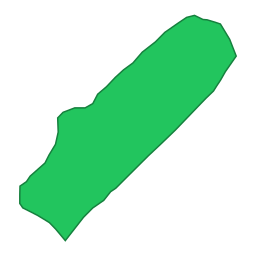 outline of Maneapa, Tuvalu
{"feature_id": "33948139B65962219023050", "entity_name": "Maneapa", "entity_type": "district", "adm_level": 2, "iso_a3": "TUV", "parent_name": "Tuvalu", "parent_adm1": "", "projection": "robinson", "projection_center": [178.313, -8.027], "detail": "fine", "context": "isolated", "style": "filled", "palette": "green", "viewbox_px": 256, "rotation_deg": 0, "n_neighbors": 0, "source": "geoboundaries", "source_scale": "gbopen_adm2", "svg_char_len": 723}
<svg xmlns="http://www.w3.org/2000/svg" viewBox="0 0 256 256"><path d="M225.4,71.6L236.2,56.1L229.7,39.4L220.4,24.0L215.0,22.2L207.0,19.8L203.0,19.5L194.5,15.4L186.6,17.4L178.0,23.2L164.9,32.3L155.4,41.9L142.3,52.1L132.9,63.0L123.5,69.9L115.3,77.4L106.5,86.7L97.7,94.2L92.8,103.6L85.1,107.9L74.7,107.9L63.1,112.3L57.7,117.9L58.2,132.1L55.5,144.3L49.1,154.9L45.0,163.0L30.2,176.1L26.4,181.7L20.0,186.1L19.8,194.5L19.8,203.5L22.8,207.9L37.6,215.4L49.4,222.6L55.7,229.1L65.3,240.6L83.5,217.3L92.7,208.0L103.8,200.3L110.6,191.7L115.8,188.2L128.7,175.3L148.4,155.7L161.6,143.3L175.3,130.1L190.6,114.2L197.6,106.9L205.9,98.3L213.5,91.0L216.9,85.6L220.5,80.2L225.4,71.6Z" fill="#22c55e" stroke="#15803d" stroke-width="1.5"/></svg>